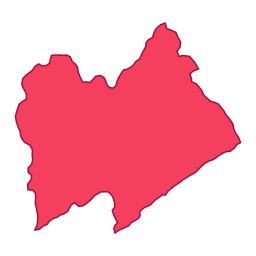 Cambuquira, Minas Gerais, Brazil (Natural Earth projection)
{"feature_id": "56859067B90091255319070", "entity_name": "Cambuquira", "entity_type": "district", "adm_level": 2, "iso_a3": "BRA", "parent_name": "Brazil", "parent_adm1": "Minas Gerais", "projection": "natural_earth1", "projection_center": [-45.262, -21.856], "detail": "fine", "context": "isolated", "style": "filled", "palette": "rose", "viewbox_px": 256, "rotation_deg": 0, "n_neighbors": 0, "source": "geoboundaries", "source_scale": "gbopen_adm2", "svg_char_len": 2355}
<svg xmlns="http://www.w3.org/2000/svg" viewBox="0 0 256 256"><path d="M240.6,142.6L238.6,137.5L235.5,133.1L233.7,128.8L232.9,124.0L230.7,120.8L228.6,117.7L226.1,115.1L224.0,111.1L221.2,107.5L218.4,104.1L214.1,102.2L210.4,101.1L207.3,98.4L203.8,95.3L201.6,90.2L199.4,87.5L196.4,83.9L191.7,81.8L191.4,78.2L189.8,74.2L193.0,71.2L198.6,68.9L196.6,65.6L194.6,62.2L192.0,59.3L189.5,56.3L185.8,55.9L182.6,55.5L179.1,56.5L177.0,51.2L179.9,47.2L180.7,42.2L178.1,37.7L175.8,32.3L171.7,30.4L166.7,28.6L165.2,23.0L160.7,24.7L157.9,27.0L155.6,29.5L154.0,32.6L152.6,37.5L148.7,39.6L146.2,42.3L145.7,46.7L143.3,51.0L141.2,55.3L139.6,59.0L135.9,61.5L133.4,65.1L130.5,67.3L127.0,69.3L123.8,69.8L121.7,72.5L119.0,77.0L117.1,81.4L115.8,86.0L113.1,88.1L109.7,87.7L107.2,85.3L105.5,80.5L103.7,77.3L100.1,75.5L95.8,76.3L93.1,79.3L89.9,82.5L85.9,81.8L82.7,82.4L81.1,79.1L79.6,75.7L78.1,71.7L77.5,67.1L75.2,63.9L72.3,61.6L70.1,56.7L66.4,55.0L62.6,55.3L59.1,55.0L55.7,55.0L51.5,55.4L50.5,58.7L49.6,63.1L46.4,65.5L42.1,66.0L38.9,63.9L35.0,66.4L32.5,70.2L29.3,72.8L25.6,75.5L22.8,78.7L21.8,83.9L22.9,87.5L24.6,90.5L26.4,94.0L26.3,99.3L22.8,101.2L19.2,104.1L17.0,110.7L15.4,116.4L16.5,122.3L18.4,127.7L20.3,131.8L20.5,135.6L22.2,139.2L25.0,142.6L30.1,145.3L32.4,150.0L32.2,155.4L32.7,159.8L31.7,164.2L28.2,168.0L28.2,172.5L31.6,175.2L31.1,179.8L27.6,184.3L28.0,189.9L32.5,190.1L35.4,193.0L35.7,198.0L35.2,202.8L36.2,206.8L37.1,212.1L37.9,215.9L37.7,220.1L37.1,224.8L34.9,230.0L39.5,229.2L43.4,225.8L47.1,224.5L49.4,221.1L53.4,218.4L57.6,217.1L60.0,215.1L63.7,214.0L67.6,211.5L69.2,208.5L71.2,205.0L74.5,202.7L78.8,206.4L82.9,205.8L85.9,203.9L89.1,201.4L92.4,198.2L94.5,195.6L97.3,194.0L100.9,191.9L104.6,191.8L107.9,191.8L110.8,194.0L112.8,197.0L114.5,202.4L114.8,207.1L112.3,210.2L113.5,214.5L115.8,219.1L117.6,222.9L115.0,225.2L113.8,228.5L115.0,233.0L119.3,230.0L124.4,227.9L128.9,225.6L131.3,222.6L135.0,220.5L138.6,218.4L140.1,215.4L139.6,211.9L142.4,209.0L145.2,207.1L148.1,206.0L150.8,204.5L153.0,202.2L155.4,199.8L158.8,197.6L162.3,194.8L165.5,195.0L167.9,191.3L171.6,188.1L174.9,185.6L178.0,183.6L180.5,181.8L183.3,179.5L187.1,177.3L190.7,175.0L195.4,172.5L198.6,169.3L201.0,166.7L204.5,163.6L209.1,160.9L212.7,159.8L215.7,158.1L218.4,155.8L222.6,153.3L226.4,151.6L230.4,151.2L234.3,148.2L237.0,144.4L240.6,142.6Z" fill="#f43f5e" stroke="#9f1239" stroke-width="1.5"/></svg>